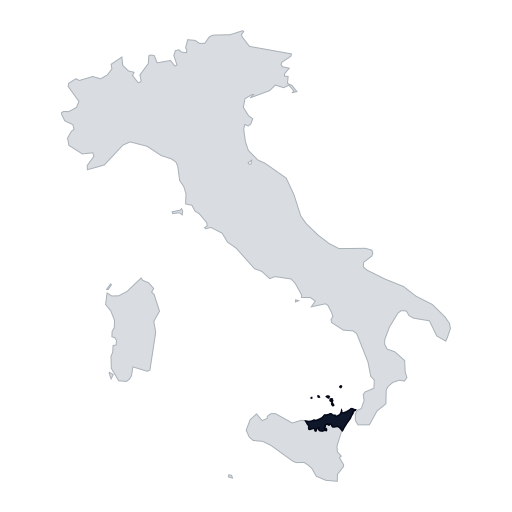 Messina on a map of Italy (Equal Earth projection)
{"feature_id": "ITA-5411", "entity_name": "Messina", "entity_type": "Province", "adm_level": 1, "iso_a3": "ITA", "parent_name": "Italy", "parent_adm1": "", "projection": "equal_earth", "projection_center": [14.885, 38.306], "detail": "fine", "context": "in_parent", "style": "filled", "palette": "ink", "viewbox_px": 512, "rotation_deg": 0, "n_neighbors": 0, "source": "natural_earth", "source_scale": "10m", "svg_char_len": 6573}
<svg xmlns="http://www.w3.org/2000/svg" viewBox="0 0 512 512"><path d="M75.9,78.7L79.3,80.5L92.7,76.5L100.6,78.8L107.4,74.9L111.9,68.9L111.1,64.3L121.9,57.0L122.7,65.3L128.4,70.9L134.1,72.3L132.6,75.7L138.1,82.6L140.4,82.0L141.1,80.7L139.9,74.9L148.3,63.6L148.8,55.8L150.3,55.0L154.2,55.5L157.2,62.8L170.5,60.5L174.9,66.1L177.0,65.0L173.8,55.5L175.5,50.6L179.0,49.8L181.4,52.1L186.5,52.7L186.8,49.9L185.6,47.9L187.6,39.7L195.1,40.4L199.5,43.4L204.8,43.3L209.4,36.7L213.0,35.1L230.0,34.7L242.7,30.7L243.7,31.6L241.4,34.7L242.1,36.8L249.5,46.4L291.5,53.9L290.8,56.3L281.8,62.3L281.1,64.7L282.4,66.7L289.2,68.2L284.5,73.9L284.5,76.1L288.1,76.4L287.5,83.4L292.0,85.5L296.9,91.6L291.9,92.8L293.9,91.1L289.0,85.1L283.7,87.7L275.3,85.1L269.6,90.7L250.2,97.8L253.6,94.6L252.1,94.5L245.0,98.7L243.3,107.3L248.6,115.8L252.8,118.8L250.8,124.0L248.2,126.0L244.8,124.5L243.7,129.2L245.4,141.6L248.3,150.3L257.8,160.0L264.8,163.1L286.2,178.1L294.0,194.8L300.7,215.9L306.3,223.8L318.1,235.1L328.9,243.4L338.9,248.6L365.3,248.3L372.0,250.2L372.8,253.8L371.6,256.2L363.7,262.2L363.3,266.9L367.1,270.2L385.1,279.1L403.5,286.5L416.0,296.2L432.2,304.4L444.9,316.8L449.5,323.4L450.4,328.6L447.4,337.4L445.8,341.1L436.8,336.0L429.4,320.8L413.7,318.2L409.0,315.6L406.4,311.0L401.4,310.6L398.0,313.0L389.4,327.1L384.8,339.4L384.6,344.3L387.2,349.1L394.8,351.8L404.7,360.6L405.1,371.4L406.9,377.6L404.4,381.1L399.4,380.2L392.8,382.4L388.1,386.4L386.2,390.2L385.9,403.8L377.0,411.0L369.4,424.8L358.1,424.9L355.4,420.6L355.3,414.3L357.2,410.4L361.3,408.6L364.1,400.5L363.2,394.7L364.8,392.1L373.9,388.2L374.3,380.1L370.8,376.4L367.9,361.8L356.7,333.6L353.0,330.9L343.3,330.1L331.7,322.6L331.0,319.5L332.9,316.6L331.6,312.5L328.0,305.5L325.5,303.8L311.3,306.8L315.3,301.1L310.3,297.5L301.5,297.5L301.6,294.9L295.4,283.6L291.2,279.0L275.0,276.6L269.7,278.6L261.8,271.4L254.5,268.7L236.3,248.3L227.5,242.1L222.1,233.2L210.9,227.4L205.7,228.8L204.5,227.7L207.2,225.9L206.7,222.6L199.3,213.8L194.9,211.0L191.9,205.3L185.6,203.9L186.0,193.8L183.8,186.6L179.7,180.6L177.7,166.1L175.9,162.0L171.4,158.9L161.1,155.5L146.9,146.2L130.0,141.9L122.9,145.1L104.3,165.0L87.4,169.7L87.2,165.5L93.9,156.3L92.8,152.8L82.3,153.9L69.0,145.5L67.5,138.1L71.6,131.1L74.0,129.4L72.9,124.7L64.8,120.8L61.7,114.6L61.6,112.5L63.8,111.4L68.6,111.7L76.5,107.4L78.9,101.4L68.1,86.4L68.7,83.3L75.9,78.7ZM251.0,164.0L251.7,160.2L248.1,162.6L249.1,164.3L251.0,164.0ZM355.0,410.2L341.4,431.8L336.9,446.5L337.5,452.1L341.3,456.1L339.4,457.7L343.6,464.7L343.5,466.6L337.4,474.4L337.3,481.3L325.8,480.3L316.4,476.3L311.8,468.4L308.1,465.1L304.2,462.5L296.1,462.6L292.5,461.0L271.1,445.5L262.7,441.4L253.0,440.4L249.2,437.0L246.2,430.2L250.1,419.8L256.5,413.9L262.2,420.6L267.2,418.4L267.4,416.3L271.0,413.6L275.4,413.6L292.3,423.0L301.2,420.3L309.2,421.4L316.7,420.1L326.3,414.7L337.5,415.3L350.4,409.1L355.0,410.2ZM154.1,294.4L159.5,311.2L153.8,321.4L155.7,332.4L149.9,370.1L147.3,371.3L132.9,366.9L131.5,375.6L129.5,379.1L126.6,381.4L118.7,380.8L111.3,368.3L111.0,356.1L112.7,352.5L113.1,345.5L116.1,345.0L116.5,340.3L114.8,337.7L111.9,336.8L112.1,331.5L114.3,327.4L114.5,320.3L110.9,311.1L105.6,304.5L107.1,293.0L111.7,296.0L118.7,295.8L127.1,291.4L141.1,278.0L142.8,280.4L148.5,282.7L153.7,288.5L151.6,292.2L154.1,294.4ZM181.5,208.6L182.7,211.3L182.2,214.9L179.5,212.8L172.7,213.6L172.1,211.8L180.3,210.2L181.5,208.6ZM113.2,374.5L111.1,378.9L109.1,373.1L109.4,372.3L113.2,374.5ZM111.4,284.8L108.2,289.5L106.6,289.4L110.6,283.9L111.4,284.8ZM232.5,478.1L228.7,477.1L228.6,474.9L231.6,475.3L232.5,478.1ZM298.7,300.7L295.5,302.0L295.7,299.7L298.7,300.7Z" fill="#d9dde1" stroke="#a8b0b8" stroke-width="1"/><path d="M305.6,421.0L308.7,421.5L310.7,421.3L312.5,420.8L314.1,419.9L315.2,420.5L316.9,420.2L321.0,418.5L322.2,417.7L323.1,416.7L324.4,415.1L324.8,414.9L325.9,415.0L326.6,415.0L329.2,414.3L329.6,414.0L330.0,413.8L330.3,413.7L331.2,413.8L331.6,414.0L332.2,414.8L332.4,415.0L332.8,415.1L333.7,415.3L334.8,415.3L335.1,415.3L335.2,415.5L335.6,416.1L335.8,416.3L336.4,416.4L337.0,416.2L337.6,415.8L339.5,415.1L340.3,413.9L341.6,411.3L341.5,411.0L341.5,410.9L341.6,410.4L341.8,410.8L341.6,411.8L341.8,412.4L342.2,412.7L342.8,412.9L343.4,412.9L344.3,412.7L347.0,411.7L347.8,411.2L348.2,410.8L349.5,410.2L350.8,408.8L351.4,408.6L352.4,408.7L354.3,409.6L355.6,409.8L355.4,410.2L355.2,410.4L355.0,410.5L354.6,410.4L353.3,411.4L352.8,412.0L352.6,412.5L352.5,413.2L353.0,413.2L351.3,416.0L350.4,418.3L346.8,423.2L343.7,428.2L343.1,429.6L342.5,430.6L342.3,430.8L339.8,427.8L338.3,426.7L336.7,426.5L334.2,427.0L332.8,427.0L331.9,426.1L331.6,424.7L331.4,424.4L331.0,424.1L330.6,424.1L330.2,424.3L329.1,425.2L328.9,425.2L328.7,425.0L328.6,424.6L328.4,424.2L328.0,423.9L327.7,423.8L327.2,424.5L326.3,424.3L326.0,424.4L325.8,424.5L325.6,424.7L325.4,425.0L325.3,425.3L325.3,425.6L325.3,425.9L325.3,426.4L325.1,426.6L324.8,426.8L324.5,427.0L324.4,427.2L324.4,427.5L324.3,428.0L324.3,428.3L324.4,428.5L324.5,428.7L325.2,428.3L325.4,428.2L325.8,428.3L326.2,428.6L326.5,429.1L326.6,429.5L326.6,430.0L326.5,430.4L326.3,430.7L326.0,430.7L325.3,430.2L325.0,430.2L324.7,430.3L323.7,430.6L322.6,431.1L322.3,431.1L319.9,430.8L319.7,430.6L318.6,429.6L318.5,429.4L318.5,429.0L318.8,428.5L319.0,428.2L318.9,427.9L318.8,427.7L318.5,427.7L318.3,427.8L317.6,428.0L316.9,428.5L316.6,428.9L316.4,429.2L316.3,429.6L316.3,430.3L316.2,430.6L316.1,430.9L315.8,431.0L315.6,431.1L315.4,431.0L315.1,430.9L315.0,430.7L314.9,430.4L314.8,429.7L314.7,429.2L314.4,428.8L313.8,428.5L313.3,428.4L309.8,429.5L308.9,429.3L308.6,427.9L308.6,427.5L308.9,426.2L308.8,425.7L307.6,424.5L305.6,421.0ZM330.3,400.9L330.0,400.6L330.1,399.8L330.4,399.1L330.9,398.8L332.0,398.8L332.3,399.0L332.0,399.7L332.3,399.9L332.6,400.2L332.7,400.3L332.7,400.6L331.8,400.6L332.0,401.1L332.1,401.3L332.3,401.5L332.3,401.9L331.7,402.0L331.2,401.6L330.8,401.2L330.3,400.9ZM328.8,397.6L328.7,398.0L327.5,397.5L326.4,396.6L327.2,396.0L328.4,396.0L328.9,396.2L329.3,396.7L329.1,396.9L329.0,397.1L328.8,397.6ZM332.3,402.8L332.3,403.4L332.8,403.7L333.2,404.1L333.5,404.6L333.7,405.2L333.4,405.5L333.0,405.8L332.2,405.1L331.7,404.4L331.6,403.7L332.0,402.8L332.3,402.8ZM341.1,385.9L341.4,386.0L341.5,386.2L341.5,386.6L341.3,386.9L341.2,387.1L341.0,387.4L340.8,387.6L340.4,387.5L339.8,386.9L339.8,386.7L340.0,386.5L340.3,386.3L340.5,386.1L340.6,385.9L340.8,385.9L341.1,385.9ZM319.1,396.4L319.2,396.8L319.4,397.1L319.0,397.3L318.2,397.0L318.0,396.4L317.9,395.9L318.1,395.8L318.7,396.0L319.1,396.4ZM311.3,398.2L311.2,397.7L311.7,397.5L311.8,398.0L311.3,398.2Z" fill="#0f172a" stroke="#020617" stroke-width="1.5"/></svg>